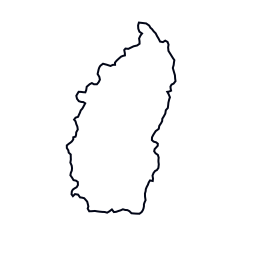 Pescador, Minas Gerais, Brazil (Natural Earth projection), rotated 319°
{"feature_id": "56859067B18566313031573", "entity_name": "Pescador", "entity_type": "district", "adm_level": 2, "iso_a3": "BRA", "parent_name": "Brazil", "parent_adm1": "Minas Gerais", "projection": "natural_earth1", "projection_center": [-41.56, -18.337], "detail": "fine", "context": "isolated", "style": "outline", "palette": "ink", "viewbox_px": 256, "rotation_deg": 319, "n_neighbors": 0, "source": "geoboundaries", "source_scale": "gbopen_adm2", "svg_char_len": 2604}
<svg xmlns="http://www.w3.org/2000/svg" viewBox="0 0 256 256"><g transform="rotate(319 128 128)"><path d="M41.7,143.3L44.6,143.1L46.6,145.5L46.3,148.9L47.7,150.5L48.9,152.3L48.9,154.4L48.9,156.8L47.6,159.4L46.6,161.2L44.7,162.4L44.1,165.4L46.2,167.1L48.6,168.9L50.0,170.6L51.6,172.4L53.6,174.5L55.3,176.1L56.7,178.2L59.3,178.7L62.4,178.9L62.2,182.2L64.1,183.5L66.4,184.4L68.4,185.3L70.8,186.0L72.1,188.0L73.7,189.6L74.5,191.7L74.7,194.6L76.1,196.1L77.8,197.8L80.4,200.2L83.1,200.4L85.2,199.8L86.9,198.9L88.6,197.6L90.0,196.0L91.7,195.0L93.9,194.0L95.8,191.0L97.8,188.6L99.9,187.2L101.4,185.8L103.6,184.7L105.8,183.9L107.9,182.7L110.2,182.0L111.9,184.2L113.6,182.7L115.3,180.0L117.8,178.7L120.2,178.2L122.2,178.7L124.7,178.1L127.4,175.6L128.8,173.5L130.2,171.9L131.7,170.5L132.9,167.9L132.2,165.1L132.5,162.7L134.3,161.4L136.3,161.2L138.8,160.9L140.2,159.4L139.8,157.2L138.4,155.1L138.1,152.8L140.0,150.8L142.5,149.8L144.8,149.1L146.9,148.5L148.9,148.7L150.7,148.8L153.0,146.9L156.3,146.0L158.3,145.2L160.0,143.5L162.4,142.8L165.6,141.6L168.2,139.4L171.2,139.0L173.0,137.4L175.1,135.4L177.6,133.6L179.8,132.3L180.8,129.3L181.4,126.5L183.0,127.5L185.0,128.1L186.0,126.3L187.2,124.6L189.4,123.8L191.5,124.4L194.6,123.8L196.1,121.5L198.0,119.0L199.6,115.5L201.2,112.1L203.8,110.4L205.9,108.5L207.5,107.2L207.8,104.5L208.5,100.3L209.1,96.4L211.2,93.4L213.3,91.7L214.3,89.0L213.4,86.5L210.7,86.1L208.9,83.8L209.7,80.7L210.2,77.8L211.0,74.7L210.8,71.9L211.0,69.2L210.7,67.0L211.2,64.6L210.3,61.0L207.7,58.1L205.4,55.6L202.9,57.2L200.9,59.8L199.8,62.8L200.6,65.9L198.1,66.4L195.1,67.7L193.6,70.1L192.0,72.0L189.0,71.7L185.8,70.0L183.2,69.3L180.2,68.5L178.2,66.4L176.3,66.7L174.7,69.5L173.3,71.2L171.6,70.3L169.6,69.6L166.7,69.6L163.7,69.7L161.1,70.1L159.7,71.8L158.0,70.4L155.5,69.7L153.6,66.5L151.3,63.1L148.0,62.9L146.0,63.5L144.3,64.5L142.8,65.6L140.5,67.3L139.9,70.6L138.5,73.1L135.8,74.2L133.2,74.6L131.0,72.7L130.2,70.4L127.8,69.8L123.9,69.8L121.3,72.0L119.2,73.1L117.6,71.5L116.3,70.0L114.5,68.3L112.3,69.0L110.1,69.8L108.7,72.5L108.5,75.5L109.7,77.5L111.3,79.2L111.9,81.3L108.8,82.5L106.3,83.4L103.9,83.7L101.8,84.9L99.7,85.8L97.7,86.8L95.2,85.8L92.8,86.3L92.8,88.5L91.5,91.2L90.7,93.7L89.1,96.2L86.1,97.3L84.3,99.1L82.7,100.1L80.6,99.1L79.2,100.7L76.9,101.3L75.0,101.3L73.1,101.1L70.4,101.0L68.7,103.0L68.3,105.7L67.1,107.7L67.4,110.4L65.8,112.3L64.2,114.3L61.8,116.3L60.8,119.5L59.4,121.6L57.6,123.3L55.5,124.3L53.5,125.9L53.2,128.8L52.7,131.6L54.2,133.6L54.7,135.8L52.8,138.2L50.4,139.0L48.0,138.5L45.9,138.3L44.0,139.0L41.9,141.0L41.7,143.3Z" fill="none" stroke="#020617" stroke-width="2"/></g></svg>